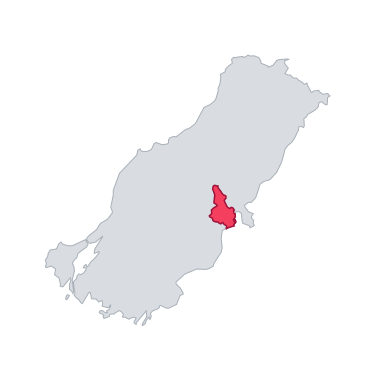 Adana on a map of Turkey (Mercator projection), rotated 311°
{"feature_id": "TUR-3018", "entity_name": "Adana", "entity_type": "Province", "adm_level": 1, "iso_a3": "TUR", "parent_name": "Turkey", "parent_adm1": "", "projection": "mercator", "projection_center": [35.602, 37.508], "detail": "fine", "context": "in_parent", "style": "filled", "palette": "rose", "viewbox_px": 384, "rotation_deg": 311, "n_neighbors": 0, "source": "natural_earth", "source_scale": "10m", "svg_char_len": 5583}
<svg xmlns="http://www.w3.org/2000/svg" viewBox="0 0 384 384"><g transform="rotate(311 192 192)"><path d="M299.3,136.2L304.6,138.2L306.4,136.7L311.3,136.9L315.6,138.0L318.1,134.8L321.2,135.2L321.7,136.8L323.2,137.4L327.7,141.5L327.2,142.0L328.3,143.5L332.2,144.5L332.6,146.5L335.6,149.6L337.2,154.3L336.2,157.6L334.5,159.7L336.9,166.8L336.2,167.7L340.9,170.0L346.9,169.6L348.7,170.6L354.5,176.2L355.9,178.3L351.9,175.7L349.7,177.9L348.6,183.4L342.3,184.4L343.3,187.9L344.9,189.5L344.4,192.8L344.8,194.1L346.6,196.3L346.3,199.3L347.0,202.4L347.0,206.2L349.6,207.3L348.4,209.0L345.5,216.6L345.7,217.2L347.7,217.4L352.0,220.9L351.2,222.0L351.7,226.8L355.5,229.9L354.9,231.5L355.0,233.1L352.3,232.4L346.7,236.6L346.1,236.5L345.4,235.0L345.2,230.8L343.9,229.7L342.1,229.4L339.1,231.3L336.3,231.3L333.6,230.9L326.4,228.3L323.7,229.2L320.9,228.2L315.5,233.4L313.8,233.8L313.0,231.2L311.1,229.8L308.7,231.7L299.4,234.2L295.1,234.7L289.8,233.8L285.5,234.1L273.7,239.9L262.4,243.0L252.3,242.7L246.8,239.1L242.5,238.3L229.5,243.8L223.2,243.6L221.1,241.3L216.2,240.4L215.2,242.5L214.2,247.7L215.9,252.5L213.1,252.8L211.4,253.8L210.9,257.4L208.4,258.8L207.6,261.0L207.1,261.0L203.1,259.2L204.2,257.5L201.7,250.9L203.0,248.8L208.2,243.4L208.0,240.3L205.8,238.1L199.2,242.0L198.5,243.6L197.0,244.8L194.6,245.2L182.8,240.1L175.9,244.6L169.9,251.2L165.5,253.6L152.4,255.4L150.1,256.7L145.6,255.3L143.0,253.6L136.9,246.1L125.4,240.4L113.3,239.0L112.2,240.5L111.8,246.3L109.9,251.7L108.9,252.3L106.2,250.9L96.9,254.1L89.0,250.6L87.6,249.0L85.8,242.7L84.6,242.2L83.4,243.1L82.0,243.1L76.3,240.3L73.2,240.2L71.4,242.9L68.3,244.0L68.3,243.2L69.5,241.5L64.7,241.8L62.1,243.1L58.7,242.3L58.9,241.6L61.7,240.7L68.1,239.7L72.2,235.5L56.9,235.7L55.4,236.7L55.2,234.5L56.0,233.4L60.1,232.6L59.8,230.8L57.3,228.8L54.6,227.8L53.4,223.2L52.1,222.0L52.2,221.3L54.7,220.5L55.3,217.1L54.9,215.0L49.9,213.2L48.8,213.4L47.6,211.6L45.5,210.3L43.7,211.3L38.8,208.5L39.7,206.5L40.9,206.6L41.1,205.0L40.2,202.3L40.2,201.0L41.3,200.6L42.6,200.8L43.8,202.4L44.0,205.5L45.3,207.3L46.2,205.5L48.5,206.4L52.6,205.5L53.4,204.7L50.4,204.8L49.3,204.1L46.9,199.1L49.3,197.6L51.1,195.2L47.7,193.6L48.4,190.1L45.5,186.2L49.4,181.3L49.2,180.5L47.9,180.2L35.7,182.4L35.5,180.1L36.4,178.2L36.3,173.4L36.9,170.7L39.1,170.0L41.9,166.1L46.4,161.5L51.1,161.6L53.0,160.4L55.8,160.3L56.6,162.1L59.0,163.3L63.4,163.1L65.4,162.0L63.4,159.7L65.9,159.0L67.8,159.5L66.8,162.0L67.4,162.2L73.0,161.5L78.8,162.1L85.3,161.8L86.1,161.0L81.5,158.5L84.4,156.4L86.1,155.9L99.6,153.9L99.7,153.4L91.4,152.3L87.1,149.4L85.9,147.8L86.7,144.0L87.7,143.0L90.6,142.8L100.9,144.6L108.2,143.5L116.1,146.1L123.7,145.6L125.3,144.4L127.2,140.7L138.0,134.6L141.7,131.4L158.5,125.0L183.6,126.1L187.9,123.7L190.5,124.5L189.8,126.1L189.9,127.6L192.9,131.4L197.4,133.5L203.6,131.7L205.8,132.4L208.0,138.3L211.9,141.8L213.7,142.0L216.0,140.0L218.3,139.7L221.9,141.7L223.2,143.8L235.2,146.2L237.7,148.0L245.7,149.7L263.6,145.6L270.1,148.4L275.6,149.3L278.0,148.9L285.2,145.6L287.5,143.7L292.0,142.1L297.6,138.4L299.3,136.2ZM68.3,125.9L67.8,128.5L68.9,131.4L71.4,135.4L73.9,137.4L86.1,142.8L84.4,147.8L81.4,148.6L71.0,146.2L66.7,148.2L63.7,147.7L59.4,148.6L58.3,151.6L55.3,155.1L47.0,159.3L39.4,167.8L37.2,168.8L38.2,166.0L38.1,163.5L41.4,160.5L46.1,158.3L47.3,156.4L35.6,156.8L34.4,154.2L35.6,153.7L39.4,149.0L39.8,147.2L39.4,142.6L44.1,139.9L44.5,138.9L43.7,134.3L39.3,131.7L39.4,130.4L42.5,129.1L44.3,126.0L48.9,125.3L51.1,123.8L55.1,123.0L60.1,127.0L65.9,125.5L68.3,125.9ZM33.3,167.5L29.3,168.2L28.1,167.5L29.3,166.1L32.4,165.2L33.4,166.5L33.3,167.5Z" fill="#d9dde1" stroke="#a8b0b8" stroke-width="1"/><path d="M203.8,238.9L203.1,239.7L202.9,239.9L202.6,240.0L201.9,240.7L201.6,241.0L201.0,241.1L199.5,241.2L198.9,241.4L198.7,241.6L198.5,242.0L198.3,242.1L198.4,241.9L198.2,241.7L198.1,242.0L197.8,242.3L197.6,242.6L197.8,242.9L198.0,242.5L198.4,242.6L198.4,242.3L198.5,242.3L198.7,242.5L198.8,242.4L198.8,242.1L198.7,242.0L198.9,241.9L199.0,242.0L199.2,242.3L199.4,242.2L199.6,242.1L199.8,242.1L200.0,242.1L199.0,242.6L198.5,243.0L198.2,243.5L198.3,243.7L198.5,243.5L199.3,242.6L199.5,242.5L199.7,242.4L199.1,243.1L199.0,243.3L198.9,243.7L198.8,243.8L198.7,244.0L198.7,244.3L198.6,244.5L198.3,244.7L198.1,244.9L197.9,244.9L197.4,245.0L197.2,244.9L196.6,244.4L196.2,244.4L196.1,244.5L196.2,244.8L196.3,244.8L196.9,245.1L196.2,244.9L195.5,244.8L195.3,244.8L194.9,245.0L194.8,245.3L194.6,245.4L194.2,245.5L193.8,245.9L193.8,246.0L193.6,245.9L193.3,245.5L193.1,245.4L192.9,245.3L188.6,242.7L188.1,242.5L187.5,242.1L187.2,242.0L186.9,242.0L186.7,242.0L186.7,241.9L187.6,241.3L188.3,241.1L189.0,240.5L189.1,239.9L189.0,239.3L188.7,238.1L188.7,236.9L189.2,235.6L188.6,234.9L187.5,235.0L186.7,234.4L186.3,233.1L186.3,230.9L185.5,230.3L184.8,229.1L184.3,227.8L184.2,226.8L184.3,226.3L184.8,225.6L185.0,225.4L185.3,225.2L185.5,224.3L185.4,223.7L185.0,222.6L184.9,221.5L185.4,220.7L186.3,220.8L187.2,221.1L188.9,220.8L191.1,218.5L194.1,218.8L195.6,219.2L197.7,220.0L198.6,219.6L198.2,215.6L204.6,211.2L205.5,209.9L206.3,208.4L206.7,207.8L207.5,206.0L208.2,205.3L209.5,204.6L210.9,204.2L211.8,204.6L212.4,205.6L212.9,206.8L213.6,207.5L212.6,208.5L212.1,209.8L211.3,213.7L210.8,215.1L210.5,216.5L210.5,217.1L210.6,218.2L211.2,219.5L211.1,220.4L210.5,220.9L210.2,221.1L209.7,221.7L208.4,221.7L206.8,221.8L206.0,223.2L205.1,225.4L203.9,228.2L203.9,229.9L204.4,231.4L204.8,231.4L205.9,231.6L206.4,232.0L206.5,232.3L206.8,233.5L206.5,234.6L206.0,235.9L205.6,235.8L205.3,235.7L204.9,235.9L203.5,237.5L203.5,238.4L203.8,238.9Z" fill="#f43f5e" stroke="#9f1239" stroke-width="1.5"/></g></svg>